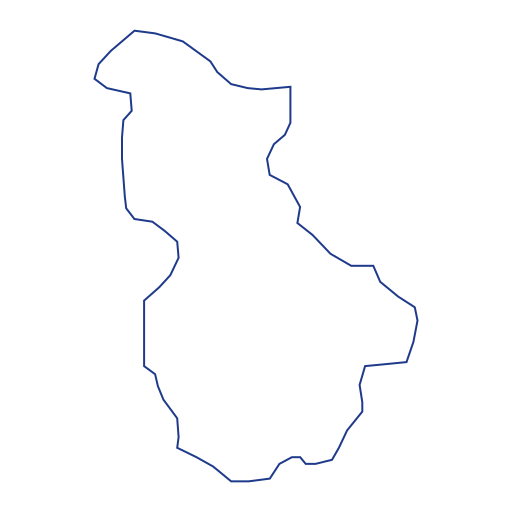 the district of Sejong-si, North Chungcheong, South Korea
{"feature_id": "91817680B40148089014896", "entity_name": "Sejong-si", "entity_type": "district", "adm_level": 2, "iso_a3": "KOR", "parent_name": "South Korea", "parent_adm1": "North Chungcheong", "projection": "robinson", "projection_center": [127.26, 36.564], "detail": "fine", "context": "isolated", "style": "outline", "palette": "blue", "viewbox_px": 512, "rotation_deg": 0, "n_neighbors": 0, "source": "geoboundaries", "source_scale": "gbopen_adm2", "svg_char_len": 1021}
<svg xmlns="http://www.w3.org/2000/svg" viewBox="0 0 512 512"><path d="M290.4,86.8L261.5,89.4L247.7,88.1L231.1,84.1L217.3,72.1L210.4,61.4L182.8,41.4L155.2,33.4L134.5,30.7L111.0,50.7L98.6,64.1L94.5,78.8L106.9,88.1L130.3,93.4L131.7,110.8L123.4,120.1L122.0,137.5L122.0,158.9L122.4,164.4L124.8,196.3L126.2,208.3L134.4,219.0L152.4,221.7L164.8,231.0L177.2,241.7L178.6,257.8L170.3,275.2L159.3,287.2L144.1,300.6L144.1,322.0L144.1,350.1L144.1,366.1L155.1,374.2L157.9,386.2L163.4,399.6L177.2,418.3L178.6,437.1L177.2,447.8L196.5,457.2L213.1,466.5L231.1,481.3L249.0,481.3L269.8,478.6L279.4,463.9L291.9,457.2L300.2,457.2L305.7,463.9L315.4,463.9L332.0,459.8L338.9,447.8L347.1,430.4L362.3,411.6L362.3,402.3L359.6,384.9L365.1,366.1L378.9,364.8L406.5,362.1L413.4,342.0L417.5,320.6L414.8,307.3L398.2,296.6L380.2,281.8L373.3,265.8L351.2,265.8L330.5,253.8L312.6,235.0L297.4,223.0L300.1,207.0L287.7,184.3L269.7,174.9L267.0,158.9L273.9,144.2L284.9,134.8L290.4,122.8L290.4,98.8L290.4,86.8Z" fill="none" stroke="#1e3a8a" stroke-width="2"/></svg>